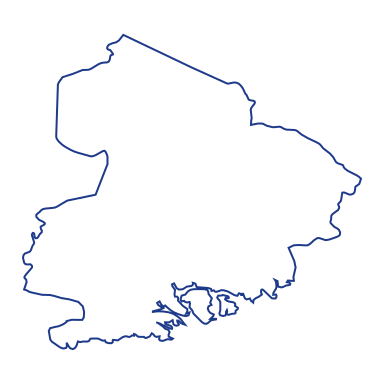 Västra Götaland, Mercator projection, rotated 270°
{"feature_id": "SWE-3428", "entity_name": "Västra Götaland", "entity_type": "County", "adm_level": 1, "iso_a3": "SWE", "parent_name": "Sweden", "parent_adm1": "", "projection": "mercator", "projection_center": [12.229, 58.206], "detail": "fine", "context": "isolated", "style": "outline", "palette": "blue", "viewbox_px": 384, "rotation_deg": 270, "n_neighbors": 0, "source": "natural_earth", "source_scale": "10m", "svg_char_len": 5760}
<svg xmlns="http://www.w3.org/2000/svg" viewBox="0 0 384 384"><g transform="rotate(270 192 192)"><path d="M72.1,84.1L77.6,82.8L82.1,78.3L84.6,69.5L85.9,61.6L88.0,54.4L89.0,50.0L89.2,42.1L91.5,31.7L92.3,29.1L93.8,26.4L94.5,24.1L101.9,26.6L104.2,26.2L106.3,24.4L107.5,24.6L109.0,25.6L116.5,32.0L117.5,32.1L118.3,31.9L119.7,30.5L119.7,29.6L119.5,28.1L119.8,25.5L121.4,24.1L126.3,23.0L128.7,23.5L130.4,24.8L132.3,29.7L133.6,30.8L137.9,32.4L140.5,34.0L141.5,34.2L148.9,31.9L150.3,32.2L151.1,32.9L151.0,33.6L150.2,34.2L147.2,34.6L146.2,35.1L145.7,35.9L145.9,36.9L146.5,37.8L150.0,39.9L151.7,41.7L153.2,41.9L155.1,40.9L157.1,40.6L157.8,41.3L159.0,43.7L160.2,44.9L161.1,44.6L162.4,42.8L164.1,39.2L167.0,36.4L168.8,36.2L170.1,37.1L172.0,39.6L173.6,41.0L174.7,42.6L175.4,45.1L176.1,52.7L176.5,55.1L177.2,56.7L183.4,67.2L189.3,95.6L219.9,107.5L227.2,107.5L229.7,106.8L232.3,105.5L233.2,104.6L233.0,103.0L229.2,96.3L228.0,93.6L227.6,91.0L231.2,78.1L232.4,74.5L234.2,70.5L237.2,65.2L239.2,62.3L242.5,58.7L245.3,56.7L247.5,56.2L299.5,57.9L301.6,58.8L306.8,62.5L310.2,73.0L314.0,82.6L314.2,88.2L315.0,90.7L319.8,98.5L321.0,101.4L321.4,103.8L321.6,107.1L322.4,108.7L324.4,109.8L327.8,110.3L328.7,110.8L329.5,112.9L330.2,112.9L333.2,110.8L334.0,110.0L334.4,108.3L334.9,107.6L335.9,107.1L337.5,107.5L339.2,108.8L340.7,112.3L341.8,116.4L343.6,119.0L349.1,123.3L316.6,191.5L300.4,227.3L300.5,229.1L301.4,233.2L301.5,235.1L301.1,237.0L300.1,239.0L298.2,241.0L295.7,242.8L290.2,245.4L289.3,246.4L284.4,248.7L283.8,250.1L283.1,253.7L282.7,254.5L281.8,254.9L280.5,254.6L276.3,251.4L274.4,250.7L265.7,251.7L263.7,251.2L259.1,251.0L260.5,258.1L260.4,262.6L258.3,266.7L256.9,272.2L256.8,274.0L257.3,279.1L257.0,280.8L255.3,283.8L254.4,286.3L254.0,294.6L253.3,296.8L249.5,301.5L246.0,307.5L241.4,317.2L240.3,319.1L239.3,320.3L235.7,323.2L230.5,329.9L227.0,333.1L222.1,335.9L220.7,337.8L219.2,342.2L218.7,343.1L216.8,343.7L215.1,345.2L213.0,348.1L208.4,357.2L207.0,359.2L205.3,361.0L200.1,359.3L198.5,357.2L197.7,355.9L197.0,355.3L193.8,355.0L191.4,354.3L190.1,352.9L189.4,350.7L189.5,349.1L191.4,344.6L191.5,342.7L191.3,342.3L183.9,341.1L182.4,340.4L180.1,338.2L179.4,338.2L177.1,339.2L175.9,339.1L174.0,338.1L170.2,332.9L168.9,331.7L167.8,331.2L165.2,331.2L162.0,330.4L161.0,330.6L157.3,334.1L155.2,337.7L154.2,338.9L151.7,340.1L149.4,339.9L148.5,339.3L147.4,337.6L144.7,330.1L144.1,327.5L143.9,325.4L145.8,319.8L146.0,318.4L145.8,317.2L143.8,314.0L141.1,311.2L139.1,308.5L138.7,307.2L138.6,306.0L139.0,298.8L138.7,293.8L136.2,288.6L122.9,294.3L116.5,295.6L106.9,293.4L103.2,293.9L103.1,292.0L103.5,287.9L101.8,286.9L101.4,289.2L100.4,290.3L99.3,290.1L98.8,288.5L98.5,286.1L97.0,283.0L96.6,281.4L97.4,278.1L102.9,277.5L104.1,274.9L102.3,276.0L97.5,276.5L95.4,276.0L91.1,273.4L89.2,273.2L89.5,276.0L88.4,276.5L86.8,276.4L85.6,275.6L85.5,273.9L85.7,271.9L93.7,263.6L94.5,262.5L94.3,261.4L92.7,261.0L90.8,261.3L89.5,261.9L87.4,259.0L85.8,255.8L84.0,253.5L81.4,253.2L83.3,250.9L85.5,249.9L84.6,246.6L85.7,244.9L90.2,243.2L90.2,242.2L89.0,242.2L89.0,241.1L90.2,240.5L90.7,239.0L88.2,237.4L88.8,234.6L92.5,227.9L93.6,224.0L93.9,221.7L92.2,216.5L92.4,215.0L93.7,213.7L93.1,211.5L95.1,211.0L96.0,208.1L96.8,197.5L97.1,196.5L100.0,195.6L100.7,194.6L101.2,192.8L99.9,193.0L98.7,192.5L98.0,191.2L97.4,186.9L94.8,182.8L94.4,179.0L95.8,176.7L100.6,174.0L99.6,172.0L97.8,172.4L94.2,175.0L89.5,174.5L87.4,175.0L87.3,177.2L86.1,178.1L83.3,178.1L78.2,182.8L75.0,187.3L72.6,187.3L70.4,186.1L71.5,189.5L68.7,188.5L67.9,186.1L68.5,182.5L69.8,178.4L71.7,173.9L73.9,170.4L78.5,165.1L77.3,164.0L78.5,162.2L79.8,161.0L82.6,159.6L81.1,157.1L79.1,158.1L75.7,163.0L74.8,160.9L72.7,152.9L72.1,152.9L72.7,157.7L72.5,163.3L71.7,168.8L70.1,173.5L67.7,177.3L65.3,180.3L59.3,185.0L60.1,182.7L61.0,180.9L63.4,178.4L63.4,177.2L62.1,177.4L59.6,178.9L58.8,178.4L58.3,176.4L58.8,174.6L59.8,173.4L63.8,172.6L61.6,169.0L61.7,165.1L60.3,165.2L59.5,166.6L58.2,170.6L57.2,171.7L55.9,172.2L55.1,171.9L55.6,170.1L58.5,163.5L60.3,160.2L61.7,156.2L61.0,158.0L57.3,163.2L55.3,165.1L54.1,168.4L51.8,169.6L49.4,168.6L47.3,168.7L45.4,172.9L44.5,171.9L44.4,170.8L44.8,167.9L44.5,166.5L43.1,163.0L43.5,160.1L44.7,159.1L47.7,159.6L47.1,156.3L47.9,154.7L49.4,153.6L50.7,151.8L47.6,149.8L46.2,146.6L46.0,145.7L46.6,144.3L47.1,144.0L47.2,139.1L47.4,137.9L49.5,135.5L50.0,134.0L48.3,134.0L48.6,132.0L47.5,130.7L47.1,129.5L47.2,128.1L47.7,126.5L47.7,125.1L46.9,122.7L43.6,117.8L44.2,113.1L43.8,112.7L41.6,112.7L40.8,111.4L40.9,108.4L41.8,105.7L43.6,105.0L43.3,102.8L45.4,98.1L45.5,96.7L45.4,90.9L44.9,90.0L43.0,89.0L42.5,87.5L42.5,83.6L42.3,81.9L41.9,80.3L42.5,77.9L38.2,76.5L35.9,74.9L34.9,72.8L35.7,70.3L37.5,68.8L41.3,66.6L37.8,66.9L36.2,66.2L35.5,63.8L35.9,61.8L36.7,60.0L42.2,52.0L44.4,50.3L53.0,48.8L55.8,50.1L57.0,54.8L57.7,58.3L59.1,62.0L60.9,65.0L62.2,66.6L62.9,66.6L64.2,71.7L64.1,82.3L66.7,83.8L72.1,84.1ZM94.2,190.6L94.8,193.6L94.9,197.2L94.8,204.4L94.0,207.4L92.1,208.3L89.9,208.6L85.8,211.8L81.3,210.2L79.1,211.5L77.7,208.5L75.4,207.8L72.9,208.7L71.0,210.4L69.5,213.8L67.8,213.2L65.1,210.4L65.1,216.0L64.6,216.0L63.7,211.0L61.0,207.9L60.2,206.5L60.4,204.2L62.1,201.7L70.5,193.4L73.5,192.3L76.8,189.5L80.7,190.0L82.0,189.5L81.6,187.7L81.7,186.1L82.3,184.8L83.2,184.0L82.6,181.7L84.0,180.8L85.4,180.7L88.4,181.7L89.4,185.3L92.7,188.0L94.2,190.6ZM88.4,218.2L88.4,220.9L88.6,221.9L89.0,222.6L87.8,227.9L86.8,228.8L86.0,228.7L85.7,227.6L86.1,225.7L84.7,225.1L83.4,226.6L82.4,229.1L81.7,233.4L80.9,234.7L80.0,235.3L78.2,234.9L76.2,237.9L75.0,237.8L73.3,235.7L71.0,235.5L70.5,234.9L70.1,231.6L69.2,228.7L69.5,227.4L70.4,226.7L72.8,227.2L73.9,226.9L72.2,226.0L70.2,226.0L68.6,225.5L68.0,223.1L68.7,220.2L70.3,219.4L73.9,220.3L81.7,220.3L83.6,219.5L85.0,218.1L86.5,217.2L88.4,218.2Z" fill="none" stroke="#1e3a8a" stroke-width="2"/></g></svg>